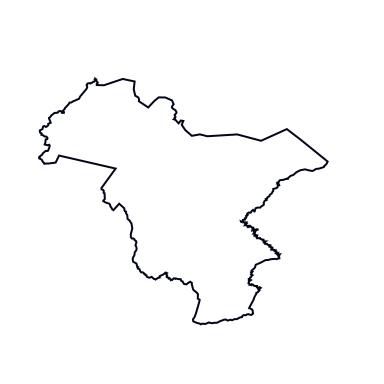 the district of Bodi, Western, Ghana, rotated 255°
{"feature_id": "2480657B1960270363323", "entity_name": "Bodi", "entity_type": "district", "adm_level": 2, "iso_a3": "GHA", "parent_name": "Ghana", "parent_adm1": "Western", "projection": "equal_earth", "projection_center": [-2.872, 6.24], "detail": "fine", "context": "isolated", "style": "outline", "palette": "ink", "viewbox_px": 384, "rotation_deg": 255, "n_neighbors": 0, "source": "geoboundaries", "source_scale": "gbopen_adm2", "svg_char_len": 6000}
<svg xmlns="http://www.w3.org/2000/svg" viewBox="0 0 384 384"><g transform="rotate(255 192 192)"><path d="M112.8,258.2L113.2,257.1L114.0,257.5L113.9,256.4L114.8,256.5L115.8,253.5L116.2,253.6L117.0,255.2L117.5,255.3L119.2,252.5L119.5,252.6L119.9,253.9L120.2,254.0L121.2,251.8L121.9,251.0L122.5,251.0L123.1,249.0L124.0,248.7L124.3,249.2L124.9,248.6L125.3,250.1L125.7,248.9L126.9,248.0L127.2,249.5L127.8,247.6L129.6,245.3L129.9,245.5L130.5,242.8L131.5,242.6L131.3,243.3L132.1,243.1L133.2,243.8L133.7,242.6L133.6,241.4L134.4,241.9L134.6,241.2L136.0,242.0L136.1,241.2L136.6,242.0L137.0,241.6L137.4,242.0L137.8,243.3L138.6,244.4L138.6,245.7L138.9,245.7L139.3,244.7L139.0,243.6L139.3,243.4L139.6,242.3L138.8,241.4L139.5,241.2L139.4,240.3L140.4,240.9L140.3,241.9L141.7,242.0L142.2,240.6L143.6,239.8L143.3,239.5L143.8,238.4L143.5,237.9L143.7,236.7L144.1,236.7L144.1,237.6L144.6,238.2L145.0,236.5L146.1,235.5L146.2,234.8L146.6,235.4L147.3,235.0L147.5,235.5L147.0,235.8L147.6,236.8L148.1,236.1L148.6,236.6L149.8,232.6L150.6,231.6L151.0,231.6L150.5,232.2L151.0,233.9L151.8,234.0L151.6,235.9L152.3,236.6L152.9,236.4L153.1,237.4L153.7,238.0L154.4,238.0L154.7,238.6L155.0,238.4L155.5,239.8L156.0,239.3L157.0,240.0L157.5,241.6L156.9,242.7L156.9,243.5L158.2,244.7L158.9,246.3L157.1,247.1L157.0,247.4L159.8,249.2L160.0,251.1L159.3,253.8L160.3,255.6L161.0,257.9L162.0,258.4L163.0,258.4L164.6,259.9L165.0,261.9L166.1,261.5L166.3,263.0L167.4,263.5L167.8,265.6L169.0,266.3L170.1,268.8L171.1,269.5L171.9,270.7L173.9,271.2L173.9,274.7L174.9,276.2L175.9,276.5L175.9,278.0L176.8,277.9L176.9,277.1L177.6,277.1L177.9,276.6L178.3,277.2L178.9,276.8L179.1,277.2L178.7,277.9L180.5,279.5L180.5,281.5L180.1,283.4L180.3,285.9L180.0,287.5L180.3,287.7L180.0,288.1L180.6,288.5L182.1,291.5L182.2,294.2L184.1,298.0L185.0,302.5L184.6,307.1L182.9,310.0L181.2,313.6L181.3,315.0L182.2,317.8L181.7,320.6L181.9,324.8L182.2,326.2L183.0,326.6L183.4,327.8L184.4,329.3L186.3,330.9L214.4,310.5L228.2,299.9L223.6,272.0L235.9,250.6L241.9,221.2L245.6,214.6L246.3,206.4L253.6,201.5L259.6,199.5L262.9,202.0L263.9,199.7L261.8,196.8L265.9,194.7L266.9,193.3L267.3,194.3L268.0,194.2L268.3,195.2L268.8,195.5L270.8,195.1L272.4,197.4L273.1,197.7L275.2,197.2L277.8,194.9L279.0,194.5L280.0,195.0L281.5,197.0L285.6,196.4L290.2,190.7L292.0,184.4L289.7,179.2L285.0,171.6L293.4,164.2L295.0,164.8L297.1,164.7L299.7,162.1L306.3,162.3L313.6,165.2L319.1,154.4L317.9,134.6L319.8,128.2L320.0,127.7L321.2,128.0L321.7,129.0L322.2,129.3L324.2,128.3L325.4,128.7L326.4,127.9L325.5,127.7L325.6,127.2L324.5,127.4L323.9,125.9L324.1,125.1L323.4,123.9L323.5,123.0L323.1,121.9L323.7,121.1L323.8,119.1L322.4,117.8L321.5,118.1L320.1,117.8L319.0,116.9L313.3,108.8L311.3,107.0L310.3,100.5L309.7,98.6L310.0,96.8L308.6,95.4L305.9,90.9L305.2,90.6L303.9,88.4L302.2,89.0L301.6,88.7L302.0,87.2L302.5,87.5L302.8,86.9L304.2,86.1L304.4,84.7L304.3,83.8L303.5,83.0L303.5,81.6L304.0,79.8L302.4,76.0L300.9,74.1L300.7,73.2L300.0,72.9L295.5,73.5L295.1,70.8L293.9,70.6L293.0,69.2L292.6,67.7L294.0,66.5L293.8,65.1L291.5,63.9L291.2,63.1L291.1,61.4L290.5,60.7L288.7,60.7L287.4,61.9L286.3,61.3L285.0,63.2L283.9,63.8L283.1,65.8L281.6,66.4L280.6,65.9L280.6,64.3L277.4,63.0L276.0,62.0L274.6,64.4L274.6,66.3L273.6,66.6L270.8,65.0L269.0,63.3L269.5,61.2L267.9,57.8L266.9,57.1L266.0,54.6L265.3,54.3L265.1,53.2L264.0,53.1L262.1,55.2L259.2,55.9L258.9,56.4L257.5,56.6L257.2,58.9L256.7,60.4L255.7,67.9L261.6,73.0L234.4,124.3L219.2,105.5L217.9,105.3L217.2,106.5L216.0,107.1L214.1,106.4L213.5,107.2L207.8,106.0L206.8,104.4L206.2,103.9L204.2,105.9L202.1,109.1L200.4,109.6L198.9,109.5L197.9,110.1L196.0,110.4L194.8,111.4L199.5,118.6L193.8,122.4L192.1,122.0L190.8,122.2L190.1,123.2L188.4,122.8L186.5,123.5L182.7,122.8L180.8,124.2L177.1,125.4L172.0,124.8L167.0,121.9L164.2,121.3L162.6,121.9L162.3,123.3L161.2,124.2L160.2,124.2L159.0,125.3L157.8,125.3L155.2,123.6L153.3,124.0L151.5,123.8L150.1,123.1L148.7,121.2L145.5,119.8L143.8,117.9L142.3,117.3L139.9,117.1L137.3,119.8L134.0,119.8L133.6,120.3L133.2,119.7L131.9,120.0L131.7,120.8L131.0,121.3L128.6,121.5L127.4,122.3L127.2,123.6L125.8,124.7L125.3,124.6L124.6,125.6L123.8,125.5L123.2,126.5L121.7,126.5L120.2,128.6L120.5,131.1L118.0,132.6L117.4,133.8L116.9,134.1L117.8,136.9L117.8,138.6L118.3,138.4L118.9,138.8L119.3,139.7L119.5,141.9L120.3,144.4L121.0,145.3L120.8,146.2L120.3,146.7L119.9,145.3L119.4,146.2L118.6,146.0L117.8,146.4L116.7,145.5L116.2,145.7L115.8,146.6L114.5,147.0L114.7,148.0L112.3,148.7L112.6,149.5L112.2,150.2L112.9,151.1L113.3,152.4L112.4,153.5L112.7,154.0L111.4,156.2L110.7,158.5L108.9,158.6L108.0,159.8L105.3,160.4L104.9,161.2L104.2,162.9L104.8,163.8L105.8,167.0L104.3,168.3L102.8,167.9L97.9,167.9L96.7,168.2L94.0,170.3L91.9,171.3L87.5,170.0L85.9,171.5L84.0,170.6L73.9,164.5L70.3,161.9L68.9,160.1L66.8,159.7L64.3,162.8L62.8,165.6L61.9,166.2L62.1,168.1L61.1,170.6L61.6,174.7L61.0,175.4L59.9,177.9L60.0,179.3L59.2,182.4L59.9,185.4L60.3,189.3L60.2,191.5L58.6,193.2L58.6,196.3L57.8,197.5L58.2,200.0L57.6,202.5L58.4,205.8L58.2,207.9L59.4,208.8L59.7,210.0L59.0,212.2L59.5,213.1L59.4,215.0L58.8,215.6L57.9,217.4L58.3,218.5L58.8,219.0L58.8,219.5L62.0,219.9L63.1,219.5L65.1,217.1L71.6,223.2L74.8,225.5L77.2,227.9L77.8,227.9L78.3,229.8L79.4,231.6L80.0,231.2L80.2,231.8L80.8,232.2L81.6,233.6L82.6,232.6L82.0,230.8L83.0,230.7L83.2,230.0L84.4,230.4L85.0,228.2L85.6,227.4L86.4,227.3L87.0,226.6L86.6,225.7L87.4,225.4L87.1,224.5L87.9,222.6L87.9,223.9L88.5,223.5L89.1,223.5L89.3,223.0L90.9,223.8L91.3,225.0L91.6,224.0L91.8,224.0L91.9,225.0L92.2,225.4L92.6,224.3L93.3,224.3L93.4,225.2L94.4,226.1L94.7,227.3L95.7,227.8L96.0,228.8L96.9,227.9L97.1,228.4L98.7,228.2L98.4,229.5L98.7,228.9L99.3,229.7L99.8,228.8L100.7,229.2L102.1,232.4L103.1,233.5L105.2,234.7L105.9,239.6L107.2,245.4L106.6,247.8L106.7,250.4L106.4,252.3L105.8,255.4L105.1,256.6L105.5,257.8L105.3,259.0L106.0,258.9L106.3,259.4L107.9,258.8L107.9,259.6L108.9,260.6L108.9,259.5L109.4,259.6L109.9,258.4L110.7,259.1L110.7,257.7L111.1,257.1L111.9,258.2L112.8,258.2Z" fill="none" stroke="#020617" stroke-width="2"/></g></svg>